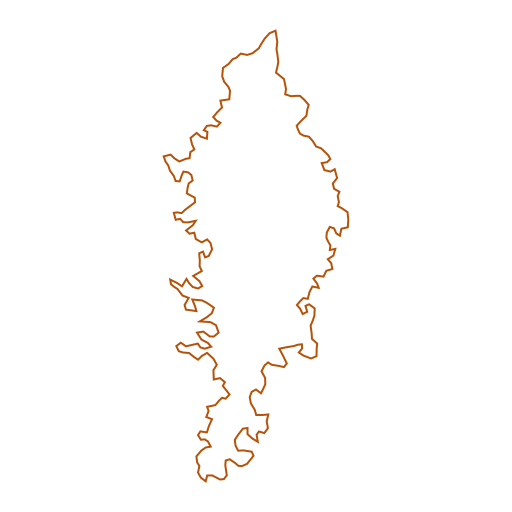 Virmond, Paraná, Brazil (Albers equal-area conic projection)
{"feature_id": "56859067B61637910549473", "entity_name": "Virmond", "entity_type": "district", "adm_level": 2, "iso_a3": "BRA", "parent_name": "Brazil", "parent_adm1": "Paraná", "projection": "albers", "projection_center": [-52.245, -25.42], "detail": "fine", "context": "isolated", "style": "outline", "palette": "amber", "viewbox_px": 512, "rotation_deg": 0, "n_neighbors": 0, "source": "geoboundaries", "source_scale": "gbopen_adm2", "svg_char_len": 3781}
<svg xmlns="http://www.w3.org/2000/svg" viewBox="0 0 512 512"><path d="M312.0,338.9L311.6,332.9L310.6,325.7L312.8,320.5L314.4,315.6L314.7,308.4L309.1,304.3L305.5,305.9L307.2,311.8L302.7,314.0L300.1,308.7L296.9,305.0L300.5,300.8L303.3,298.1L307.8,298.8L309.5,292.0L312.4,286.5L318.7,287.8L317.1,283.6L313.4,278.6L316.9,275.7L323.5,276.6L326.3,270.8L332.4,269.0L331.2,263.2L327.8,259.2L333.4,255.6L335.3,248.9L329.8,250.0L330.4,245.5L328.2,241.7L326.4,237.7L326.8,232.5L329.8,226.9L334.1,228.4L336.3,233.4L339.9,235.7L341.4,228.7L347.8,227.3L348.3,219.4L347.5,212.1L341.6,208.1L337.7,206.1L338.9,202.1L337.7,196.0L339.4,191.8L334.1,188.8L332.8,183.5L337.1,178.1L334.7,169.2L330.5,171.6L324.4,170.1L321.7,163.1L327.0,162.2L330.3,159.1L328.3,155.3L325.4,152.4L321.0,148.3L316.1,146.5L312.8,141.1L308.9,136.7L303.5,135.6L299.9,133.5L298.1,129.9L296.7,125.7L301.2,120.8L306.4,115.8L307.4,109.2L308.7,104.9L304.2,99.7L300.0,95.9L295.3,95.9L291.0,96.2L285.2,94.3L286.0,89.0L284.0,79.1L276.0,72.6L277.4,66.8L278.3,62.0L277.3,53.8L276.5,49.3L277.3,41.7L275.5,30.7L269.6,33.2L264.7,38.6L261.1,44.2L258.8,48.3L252.4,53.3L247.1,54.9L240.8,53.6L236.3,57.7L232.6,59.2L228.7,63.9L223.0,67.9L222.2,76.3L224.2,81.8L228.5,87.0L230.0,90.7L229.3,99.3L220.4,100.6L222.0,107.5L217.2,112.3L213.2,117.0L216.5,120.6L220.4,122.8L216.9,126.6L211.1,125.3L206.9,125.9L203.8,130.2L207.4,131.9L206.9,138.7L200.9,136.7L196.7,132.9L190.5,138.0L192.1,144.5L194.3,149.4L190.3,152.2L189.6,158.2L185.8,158.8L179.3,161.5L174.5,158.4L170.6,154.6L163.7,156.4L165.5,161.5L168.2,165.4L170.0,170.7L173.8,175.9L175.6,181.0L179.7,181.4L181.6,175.7L183.4,171.6L188.0,172.3L191.3,174.9L192.7,180.5L188.7,183.4L187.6,187.8L186.8,193.4L194.7,197.6L195.0,202.3L185.0,209.9L181.6,213.1L177.5,212.4L173.8,212.8L175.7,219.8L180.2,218.8L183.2,222.2L187.9,222.4L195.7,220.8L192.9,225.1L186.1,230.5L189.5,233.7L194.3,232.7L195.8,239.0L201.8,242.4L207.1,239.4L210.5,243.0L212.1,249.3L208.7,256.0L205.1,257.4L203.0,251.6L199.2,253.3L199.8,260.7L199.6,266.3L201.8,271.0L193.2,275.9L199.4,281.1L202.2,286.0L198.1,288.5L192.7,287.0L188.9,282.9L186.5,278.9L182.0,286.3L176.9,282.9L170.2,279.6L171.0,284.3L174.0,286.7L177.5,289.0L182.6,295.6L188.7,297.9L184.6,304.9L185.9,309.6L196.4,311.1L195.0,306.2L192.3,299.5L202.0,300.4L207.1,303.0L213.9,307.7L211.9,313.1L207.3,316.9L199.8,321.4L210.4,322.1L216.0,325.2L218.6,332.6L213.7,336.6L209.7,336.4L203.4,331.6L197.0,332.6L201.4,339.5L207.8,342.9L211.2,346.7L204.7,348.7L200.4,347.4L197.8,343.6L186.0,346.3L180.8,342.7L176.3,346.1L178.8,351.2L182.9,352.5L189.1,353.0L193.5,356.6L198.0,359.7L201.9,355.9L207.1,352.9L213.5,358.8L216.8,364.8L213.4,370.2L213.8,379.5L220.0,378.1L224.9,382.2L222.8,385.9L229.5,394.4L225.6,398.7L222.0,397.8L219.0,400.7L215.4,405.1L207.1,406.8L208.6,411.0L206.3,417.0L212.0,419.2L208.9,426.1L206.9,432.4L200.4,431.4L198.0,435.1L200.9,439.7L204.7,439.4L207.9,441.4L210.7,446.6L205.7,447.5L201.3,450.6L196.4,456.4L197.2,462.5L199.4,466.0L198.0,472.6L200.9,477.7L205.7,481.3L207.2,475.5L212.1,475.4L220.1,479.5L223.9,479.1L226.8,475.3L225.3,465.4L225.7,460.5L229.7,459.3L235.3,463.1L238.3,465.8L242.0,466.1L247.1,463.8L253.5,455.8L251.7,451.7L243.4,450.4L238.2,450.7L235.6,445.9L234.8,439.8L238.2,434.7L242.8,428.7L247.5,428.0L247.5,434.1L252.3,438.5L257.8,441.8L256.6,434.7L259.0,431.5L264.3,433.1L267.9,428.2L266.7,421.2L268.3,414.5L261.9,415.0L256.2,415.0L254.8,409.9L250.9,403.4L249.7,397.3L251.6,391.9L256.0,389.5L261.0,393.3L263.5,388.2L265.3,384.3L265.1,377.9L261.5,371.3L264.5,365.5L268.1,362.4L271.7,364.8L278.3,365.8L283.9,367.1L286.8,363.5L283.1,355.9L279.3,348.7L286.7,347.2L294.0,346.0L297.9,344.7L301.9,344.3L302.1,348.5L298.8,352.5L303.5,355.6L311.0,358.5L316.5,356.2L316.7,348.2L317.2,343.6L312.0,338.9Z" fill="none" stroke="#b45309" stroke-width="2"/></svg>